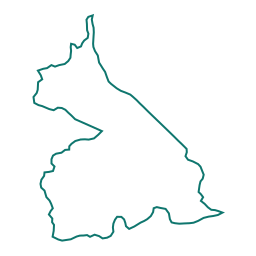 Gado Bravo, Paraíba, Brazil
{"feature_id": "56859067B38190355049455", "entity_name": "Gado Bravo", "entity_type": "district", "adm_level": 2, "iso_a3": "BRA", "parent_name": "Brazil", "parent_adm1": "Paraíba", "projection": "albers", "projection_center": [-35.816, -7.565], "detail": "fine", "context": "isolated", "style": "outline", "palette": "teal", "viewbox_px": 256, "rotation_deg": 0, "n_neighbors": 0, "source": "geoboundaries", "source_scale": "gbopen_adm2", "svg_char_len": 2155}
<svg xmlns="http://www.w3.org/2000/svg" viewBox="0 0 256 256"><path d="M92.7,15.4L88.3,16.9L86.5,19.7L86.9,23.9L87.1,30.2L88.4,33.7L87.7,37.9L84.2,40.5L82.2,43.3L81.0,46.4L77.2,48.0L74.7,44.7L71.1,43.8L70.7,47.1L71.1,50.9L70.7,54.3L70.4,57.8L68.2,61.1L64.7,64.0L59.2,65.1L55.0,66.6L51.4,65.1L47.1,68.1L43.2,68.8L37.9,70.6L40.8,75.3L42.2,79.3L38.1,82.2L37.9,86.2L37.7,89.8L36.7,93.0L33.5,97.0L34.3,102.9L38.5,105.1L42.2,106.1L45.5,107.5L49.3,109.1L53.7,110.2L57.8,107.7L61.8,108.0L65.4,109.8L68.3,112.7L71.2,115.3L75.1,119.2L101.9,131.1L98.1,134.9L94.0,138.4L88.7,139.6L84.8,139.3L80.6,139.5L75.3,141.0L71.5,143.8L69.3,146.3L69.2,149.6L65.1,149.9L61.5,152.7L56.1,153.7L53.0,155.6L51.5,159.2L51.5,163.5L54.5,166.5L53.0,171.0L49.0,171.9L44.5,172.4L44.1,175.9L41.4,179.7L40.5,183.9L41.2,187.6L44.5,190.6L46.4,197.1L49.5,200.5L51.1,203.7L52.8,208.3L50.7,211.0L48.9,214.5L52.3,218.5L52.1,222.2L54.0,224.9L53.7,230.8L52.6,236.7L58.3,239.5L62.1,240.6L70.8,239.3L76.7,236.5L79.9,235.6L83.6,235.5L87.1,235.1L90.0,236.8L94.6,234.7L99.1,236.1L102.6,238.4L107.1,237.7L110.7,235.9L113.4,231.7L112.9,227.4L113.4,223.6L115.0,219.7L117.1,216.8L121.4,216.9L124.1,219.4L125.3,222.9L126.0,226.2L129.1,228.9L134.3,226.5L140.6,222.6L144.1,221.0L147.2,219.2L150.8,216.1L153.1,212.1L153.7,208.2L156.8,207.1L160.2,207.9L165.6,208.9L168.9,213.4L169.9,219.2L171.6,222.4L174.9,223.2L179.3,223.7L184.9,223.4L189.6,223.2L193.6,222.7L198.1,220.9L203.6,217.9L208.8,216.6L213.2,216.0L217.9,215.0L222.5,212.6L218.1,211.0L215.0,210.1L211.3,209.8L207.9,207.3L204.7,203.9L200.9,200.9L203.1,197.2L200.9,194.2L198.6,192.0L199.1,188.5L199.6,185.0L200.5,181.4L202.7,178.7L203.7,174.7L201.9,170.2L200.5,166.7L198.1,164.1L192.8,161.4L188.0,159.7L185.5,156.2L186.8,152.2L186.6,148.9L182.0,144.3L178.4,140.9L174.4,136.9L170.6,133.2L156.6,119.7L151.0,114.3L148.1,111.5L143.4,106.8L139.8,103.4L136.7,100.2L132.7,96.6L130.3,94.6L125.3,92.5L120.8,90.8L116.7,88.3L111.1,83.9L108.6,81.5L106.9,77.1L105.1,71.9L102.8,68.5L101.0,65.6L99.1,62.6L98.5,59.4L97.8,55.5L95.0,51.1L93.4,47.0L93.1,43.8L93.4,38.8L93.8,32.3L93.6,27.7L92.6,24.1L91.8,19.5L92.7,15.4Z" fill="none" stroke="#0f766e" stroke-width="2"/></svg>